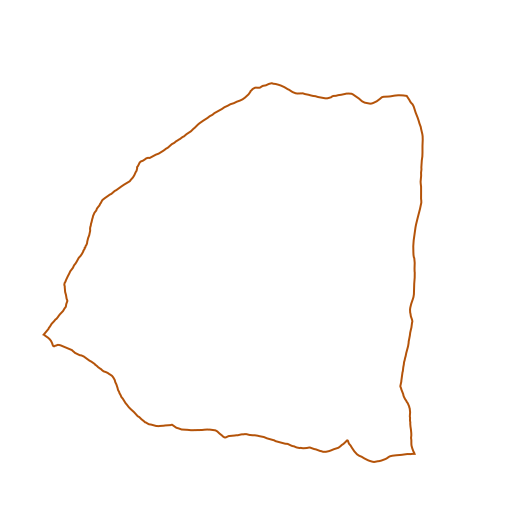 Haykota, Gash Barka, Eritrea (orthographic projection), rotated 101°
{"feature_id": "51966322B40149499398016", "entity_name": "Haykota", "entity_type": "district", "adm_level": 2, "iso_a3": "ERI", "parent_name": "Eritrea", "parent_adm1": "Gash Barka", "projection": "orthographic", "projection_center": [37.006, 15.215], "detail": "fine", "context": "isolated", "style": "outline", "palette": "amber", "viewbox_px": 512, "rotation_deg": 101, "n_neighbors": 0, "source": "geoboundaries", "source_scale": "gbopen_adm2", "svg_char_len": 5970}
<svg xmlns="http://www.w3.org/2000/svg" viewBox="0 0 512 512"><g transform="rotate(101 256 256)"><path d="M70.1,138.6L70.3,142.2L70.8,145.6L71.0,146.8L72.1,150.5L73.6,154.4L74.1,156.0L75.4,161.3L76.2,162.8L78.1,164.3L81.1,167.0L83.4,170.1L84.1,171.3L84.6,172.5L84.7,173.7L84.7,178.6L84.0,181.1L83.7,181.8L81.8,185.0L80.8,187.3L78.8,191.9L78.5,193.2L78.9,196.3L79.4,198.4L79.8,199.2L81.5,203.2L82.4,205.9L83.5,208.1L84.1,210.5L84.7,211.6L85.8,212.5L86.7,214.2L87.7,216.3L88.0,218.2L88.1,225.6L87.8,228.1L88.0,230.6L87.9,233.0L87.7,235.1L87.7,238.9L87.4,241.1L88.6,246.3L88.7,248.1L88.2,250.9L87.8,252.2L86.5,255.3L86.2,256.7L85.4,258.8L84.8,260.5L83.9,264.3L83.6,266.8L83.4,269.5L83.6,272.0L83.4,273.2L83.4,273.5L84.1,275.1L84.7,276.3L86.6,278.9L87.7,281.8L88.0,282.0L88.4,282.7L89.7,283.9L90.0,284.4L90.2,284.8L90.9,288.9L91.9,290.2L92.6,291.0L93.2,291.5L93.9,291.8L95.2,292.8L96.0,292.9L96.3,293.1L97.1,293.4L98.8,294.2L102.7,297.1L104.8,299.1L106.5,301.4L108.2,304.3L110.2,306.9L111.9,310.1L113.8,312.3L116.0,315.4L118.1,317.4L121.7,321.7L123.7,324.1L125.7,325.7L127.6,328.1L129.7,329.9L133.2,333.6L136.5,336.8L138.1,338.1L141.8,340.6L143.1,341.7L145.9,343.6L149.7,347.5L152.4,349.6L153.2,350.8L155.7,353.0L156.4,353.9L157.8,355.3L158.5,356.2L160.5,357.8L162.3,360.0L166.5,363.2L168.1,365.1L168.7,365.5L170.3,367.0L174.1,371.1L175.6,373.6L180.0,379.0L180.3,380.9L180.7,381.7L181.4,382.7L182.4,383.5L184.2,385.4L185.0,386.9L186.4,388.0L190.1,389.0L191.5,389.7L192.6,389.4L195.1,389.5L196.6,390.1L200.0,390.9L202.4,391.8L205.4,393.6L206.2,393.9L206.9,394.4L211.1,399.1L213.3,401.3L218.0,405.7L219.1,407.1L222.6,409.8L223.7,411.3L224.9,412.4L228.0,415.4L230.3,417.4L231.3,417.8L233.7,418.5L234.4,418.9L236.4,419.4L237.4,420.0L239.8,421.2L241.8,421.5L244.3,422.8L247.9,423.6L249.4,423.6L250.9,423.8L254.2,423.9L255.7,424.1L257.9,424.0L259.1,424.2L260.8,424.1L262.9,423.6L267.5,423.7L270.3,424.2L274.0,424.4L275.3,424.3L276.0,424.3L277.5,424.6L278.6,425.1L280.0,425.2L280.3,425.3L280.6,425.7L281.6,425.6L283.6,426.4L284.0,426.5L284.4,426.4L287.2,427.3L289.5,428.3L291.5,429.6L292.7,430.0L293.4,430.2L295.9,431.0L298.0,431.8L299.4,432.6L300.9,433.1L302.4,433.4L306.4,435.4L308.9,436.0L311.9,436.9L316.3,438.0L317.4,438.1L319.0,438.7L320.7,438.7L321.5,438.4L322.1,438.0L323.1,437.8L327.7,436.5L330.5,435.1L334.0,433.8L335.6,432.8L336.2,432.6L339.5,433.1L341.6,433.0L342.4,433.1L343.9,433.9L346.8,434.9L347.9,435.6L350.7,437.4L352.3,438.2L353.7,438.8L355.8,439.9L356.5,440.7L358.6,441.8L361.6,443.7L364.6,444.8L366.1,445.6L367.2,445.8L373.7,449.4L373.8,448.9L374.5,447.7L375.9,444.5L377.1,442.6L378.4,441.1L379.8,440.0L381.0,439.2L382.0,438.7L383.0,437.9L383.2,437.2L383.1,436.7L382.5,436.2L382.1,435.2L381.1,433.7L380.9,432.4L381.0,430.7L383.5,418.7L384.2,417.7L385.0,416.2L385.6,415.3L387.0,410.1L386.9,408.5L387.5,405.9L390.5,399.5L391.1,397.5L392.8,393.7L393.5,393.0L393.8,392.1L394.6,390.7L395.3,389.7L395.8,388.5L396.1,388.0L396.4,387.1L396.8,386.2L397.3,385.6L398.3,383.6L398.6,381.2L399.1,379.2L399.9,377.5L400.2,376.6L401.0,374.7L401.4,374.1L402.6,372.8L404.7,371.0L406.6,370.1L407.7,369.3L408.6,368.6L412.0,366.7L413.8,365.9L415.6,364.4L416.6,363.9L418.6,362.2L419.9,361.4L420.4,360.9L421.3,359.7L425.4,355.9L426.4,354.6L428.7,352.0L430.2,349.8L432.5,346.0L435.8,341.6L436.2,340.6L436.3,340.0L438.1,337.3L439.6,334.4L440.4,333.2L440.4,332.5L441.5,329.4L441.6,328.9L441.5,326.8L441.9,321.6L441.6,319.1L441.2,318.0L440.2,314.2L439.7,312.9L438.3,307.6L437.7,306.4L437.7,306.1L439.8,301.4L440.0,299.1L440.5,295.9L439.7,290.0L439.4,286.4L438.3,281.4L437.1,275.8L436.4,273.6L435.7,271.0L435.2,267.9L434.9,262.7L435.1,261.9L435.6,260.5L437.2,258.0L438.7,255.1L439.4,254.1L440.0,252.6L440.1,251.8L439.8,251.0L438.0,248.5L436.2,242.4L435.7,241.1L435.5,239.8L434.2,237.0L433.7,235.7L433.5,234.4L433.0,233.1L432.7,231.3L432.9,228.4L432.6,225.0L432.2,222.8L432.1,220.1L432.2,218.5L432.2,213.7L432.9,210.4L433.5,202.8L434.0,201.6L434.7,191.5L434.4,189.1L435.5,184.8L435.6,183.9L435.6,182.1L436.0,180.7L436.2,179.3L436.2,176.5L435.8,175.5L435.8,174.1L435.7,172.9L435.1,170.6L434.6,169.0L434.1,167.9L433.7,166.6L434.4,162.1L434.4,160.3L435.2,155.6L435.1,154.9L435.4,152.8L434.9,150.1L433.6,147.1L432.6,145.4L430.8,142.7L428.5,138.5L426.6,136.8L425.2,135.8L423.8,134.3L421.0,132.3L419.8,131.6L419.6,131.3L419.6,130.9L420.0,130.4L421.5,129.6L422.6,128.8L424.0,127.0L425.8,125.4L429.0,122.2L431.4,119.0L432.4,116.6L432.9,114.0L434.0,111.1L435.1,107.2L435.4,105.6L435.7,102.6L435.7,101.1L435.5,100.3L434.9,98.9L434.2,97.2L434.0,96.3L433.0,94.1L430.8,90.5L430.0,89.4L428.8,88.1L428.2,87.7L427.0,86.2L426.0,83.9L425.0,80.8L423.4,75.1L422.7,73.1L421.5,69.6L421.0,66.6L420.4,64.8L420.0,62.6L419.4,62.9L417.5,64.4L415.0,65.9L412.6,67.1L411.0,67.6L407.0,68.4L405.0,69.1L402.5,69.3L400.2,69.8L396.8,70.8L394.0,71.8L391.2,72.6L390.2,72.7L387.9,73.5L385.4,73.9L384.1,74.4L380.0,74.9L376.4,76.0L375.4,76.6L374.4,77.0L371.5,79.0L370.3,80.3L369.3,81.0L368.2,82.2L365.9,84.0L364.5,84.8L363.6,85.1L359.2,87.9L358.1,88.4L356.9,89.2L356.2,89.5L351.5,89.4L351.1,89.5L342.4,90.0L340.9,89.9L337.0,90.2L334.3,90.2L332.0,90.4L329.8,90.2L327.9,90.2L325.7,90.0L322.6,90.0L315.5,89.5L312.2,89.6L310.9,89.8L304.7,89.8L301.9,90.0L298.6,89.9L296.5,89.8L291.7,90.1L290.7,90.0L290.2,90.1L288.9,90.6L285.6,92.5L283.3,93.3L282.0,93.9L279.1,94.6L277.2,94.7L273.3,94.5L268.3,93.8L266.3,93.6L263.4,93.7L253.0,95.4L247.0,96.1L242.0,97.0L240.8,97.4L238.0,98.0L232.5,98.9L228.0,100.2L226.9,100.9L224.9,101.6L222.0,102.3L216.3,103.5L214.7,103.7L210.6,104.2L197.4,104.9L194.4,104.9L188.2,104.6L178.4,104.0L172.1,103.9L170.2,104.3L168.3,104.9L160.4,106.4L156.4,107.2L153.6,108.1L151.7,108.6L145.8,109.2L142.6,109.9L139.5,110.1L137.5,110.6L130.5,111.5L126.6,111.7L122.8,112.3L116.1,113.6L110.2,114.5L106.6,115.3L104.6,116.0L99.5,118.3L97.9,118.9L94.6,120.9L92.6,121.9L89.4,123.7L84.7,126.7L79.4,129.6L78.3,130.4L77.2,131.3L76.2,132.8L75.0,134.1L73.6,135.2L70.1,138.6Z" fill="none" stroke="#b45309" stroke-width="2"/></g></svg>